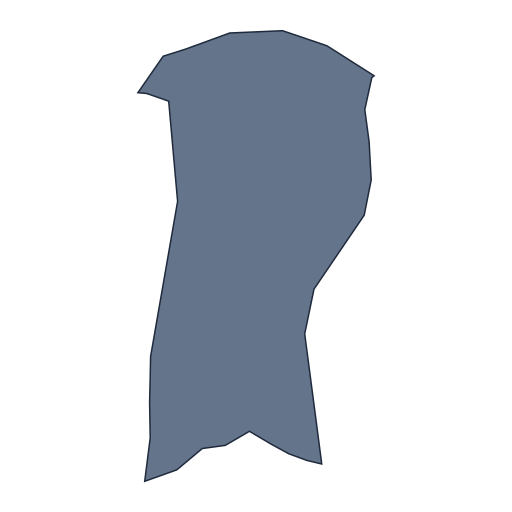 Bunia, Orientale, Democratic Republic of the Congo
{"feature_id": "63176286B65216379244562", "entity_name": "Bunia", "entity_type": "district", "adm_level": 2, "iso_a3": "COD", "parent_name": "Democratic Republic of the Congo", "parent_adm1": "Orientale", "projection": "equal_earth", "projection_center": [30.259, 1.541], "detail": "fine", "context": "isolated", "style": "filled", "palette": "slate", "viewbox_px": 512, "rotation_deg": 0, "n_neighbors": 0, "source": "geoboundaries", "source_scale": "gbopen_adm2", "svg_char_len": 518}
<svg xmlns="http://www.w3.org/2000/svg" viewBox="0 0 512 512"><path d="M374.1,75.8L327.0,45.8L282.6,30.7L229.7,33.0L185.3,49.2L163.2,56.2L137.9,92.7L146.7,93.5L168.7,101.2L177.6,201.4L150.6,356.5L150.2,376.9L149.6,402.2L150.2,437.9L144.7,481.3L176.9,469.8L202.3,448.5L225.2,445.4L249.4,431.3L270.7,443.9L288.8,453.8L306.8,460.4L321.7,464.0L321.5,462.2L316.5,423.7L304.7,333.9L314.0,289.1L364.2,215.2L371.2,180.0L369.1,141.6L364.8,109.6L371.8,77.6L374.1,75.8Z" fill="#64748b" stroke="#1e293b" stroke-width="1.5"/></svg>